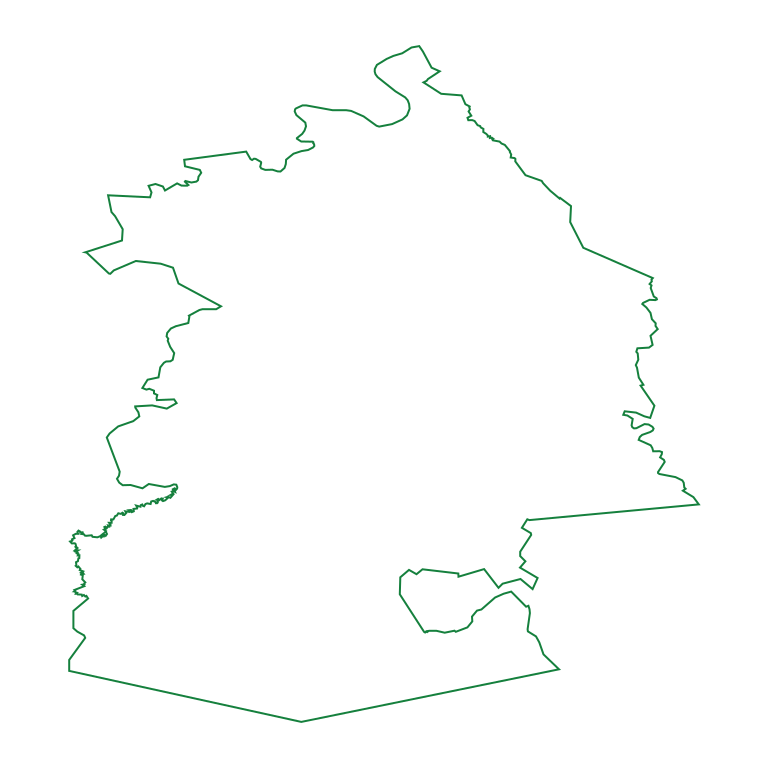 the district of Virešu pag., Apes, Latvia
{"feature_id": "27541924B12272202930489", "entity_name": "Virešu pag.", "entity_type": "district", "adm_level": 2, "iso_a3": "LVA", "parent_name": "Latvia", "parent_adm1": "Apes", "projection": "robinson", "projection_center": [26.356, 57.405], "detail": "fine", "context": "isolated", "style": "outline", "palette": "green", "viewbox_px": 768, "rotation_deg": 0, "n_neighbors": 0, "source": "geoboundaries", "source_scale": "gbopen_adm2", "svg_char_len": 6024}
<svg xmlns="http://www.w3.org/2000/svg" viewBox="0 0 768 768"><path d="M246.2,151.6L184.2,159.8L185.0,166.3L199.8,169.9L201.2,172.8L198.5,176.7L198.0,180.2L196.4,181.6L191.4,182.5L185.4,181.0L184.9,181.7L188.4,185.0L187.2,185.7L181.5,185.6L177.1,183.4L165.0,190.5L162.9,186.5L155.5,184.0L148.6,185.8L151.5,192.4L150.1,197.3L108.1,195.3L111.5,212.1L115.1,216.2L122.7,229.2L122.0,240.5L85.3,252.3L86.6,252.6L108.9,273.5L110.3,273.8L113.8,270.4L135.8,261.0L160.7,263.7L173.0,267.7L178.5,283.5L221.0,306.3L216.2,309.2L202.5,309.2L199.4,310.0L188.9,315.7L189.4,316.5L188.3,323.0L175.9,326.2L170.9,328.5L167.2,332.9L166.6,336.4L168.3,338.8L167.7,340.7L170.2,346.9L174.2,353.1L172.7,359.8L170.4,361.3L166.1,361.5L163.9,362.8L160.3,367.3L158.5,377.4L147.6,379.7L142.4,388.0L146.4,389.6L149.3,388.8L154.0,390.7L154.0,393.4L157.3,395.0L156.5,398.1L156.9,400.1L174.1,399.4L176.6,403.1L166.8,408.6L152.2,405.4L135.2,406.4L135.3,407.6L138.4,412.3L139.3,416.4L133.3,421.1L118.2,426.4L109.6,433.5L106.8,437.5L119.7,471.7L119.0,475.7L117.0,478.8L119.2,482.6L122.7,485.2L130.6,485.0L142.5,488.3L148.8,484.0L164.8,486.9L169.8,486.1L173.8,484.4L176.3,484.7L177.3,487.2L177.1,488.6L176.1,489.7L174.7,488.3L172.8,489.3L173.2,490.2L174.6,490.4L175.1,491.9L173.5,491.1L171.8,491.6L173.1,493.5L170.7,494.9L172.9,494.9L170.4,497.8L168.0,496.8L166.7,497.2L168.2,497.6L165.2,500.3L163.0,501.1L162.1,500.5L162.7,498.7L161.4,498.4L159.6,499.9L158.2,498.9L156.7,499.8L158.9,500.3L157.8,501.0L157.7,502.6L157.1,503.2L155.1,503.2L156.6,502.6L153.1,500.9L151.2,501.5L150.6,504.0L147.2,503.4L145.5,504.0L144.1,506.3L143.0,505.9L142.3,504.5L140.8,505.1L140.5,506.7L136.2,505.6L137.3,507.5L137.1,508.5L133.5,508.9L133.8,511.3L131.7,512.2L131.1,511.7L131.5,510.4L131.0,510.0L129.0,510.2L129.9,510.8L129.5,511.9L125.3,511.3L126.2,513.0L124.4,515.0L123.0,514.9L123.2,513.2L122.4,512.7L121.0,513.9L118.3,513.3L116.8,515.6L115.3,516.0L113.4,519.4L111.1,519.4L111.0,520.3L111.7,520.6L111.6,522.8L109.1,522.8L110.6,524.9L110.5,525.7L108.1,525.4L108.8,526.7L107.7,526.7L107.0,527.8L105.4,526.6L104.4,527.0L104.6,527.7L105.9,528.0L105.8,529.0L104.0,529.7L106.0,531.1L104.9,532.3L106.0,532.1L107.0,534.0L105.7,535.8L103.2,533.7L101.6,535.0L103.6,535.5L103.8,536.4L102.4,536.5L101.2,537.6L100.5,536.1L97.4,537.3L92.5,536.8L91.7,535.3L86.2,535.8L84.9,535.6L83.9,534.3L81.8,534.0L82.8,533.0L82.6,532.3L80.2,532.6L80.2,531.6L78.5,530.6L77.4,531.9L78.1,533.8L75.8,533.8L73.1,535.3L74.5,538.1L72.0,539.3L72.4,540.5L72.0,540.9L70.1,541.5L71.8,543.4L74.8,543.3L75.6,544.0L76.1,546.3L74.8,547.3L76.4,547.0L77.5,548.0L75.0,550.3L77.9,550.4L75.6,551.7L77.5,552.5L76.8,553.4L78.3,554.0L77.8,555.4L79.4,555.3L79.3,558.1L78.4,558.4L77.9,561.2L76.0,562.2L76.4,565.5L75.8,565.9L77.3,567.3L78.4,566.5L80.4,568.9L79.8,570.1L83.0,571.3L81.6,572.3L82.8,572.4L83.4,573.4L81.5,572.9L80.9,574.6L82.8,575.2L82.3,579.3L85.3,582.4L84.3,583.4L84.5,584.3L82.3,584.7L84.2,586.2L74.4,590.0L75.1,590.8L74.3,591.4L75.4,591.5L75.5,592.6L77.0,592.8L76.3,593.7L77.1,593.6L77.6,594.4L81.7,594.6L82.2,596.0L83.9,595.0L85.3,596.5L86.4,595.9L88.1,598.5L73.4,610.9L73.4,628.2L77.3,631.6L84.1,635.4L85.2,637.9L69.2,659.9L69.2,670.9L301.3,721.9L559.0,669.3L543.5,654.4L539.3,642.4L536.0,636.4L527.9,631.4L527.6,629.2L529.9,613.1L529.5,609.2L528.4,605.8L526.1,606.7L511.2,591.6L503.7,593.7L495.1,597.5L481.4,609.5L477.0,610.6L472.0,616.6L472.3,621.4L467.4,627.4L455.8,631.8L454.5,630.7L444.7,632.7L436.4,630.8L429.3,630.8L427.9,631.0L428.2,631.3L427.1,632.1L426.1,631.5L425.1,632.5L424.1,631.9L399.8,594.3L400.3,577.3L409.0,569.9L416.5,574.2L422.5,569.3L458.3,573.5L458.5,576.7L484.1,569.1L498.5,587.8L502.6,583.7L520.5,579.0L532.6,589.1L537.6,578.0L520.0,567.6L525.4,561.3L520.2,556.1L520.2,551.7L531.2,534.9L530.8,533.1L521.9,527.8L527.3,519.3L529.4,520.1L698.8,504.4L693.4,497.1L682.9,490.7L685.6,488.8L684.3,487.5L683.7,482.7L682.3,480.4L675.5,477.1L659.4,474.0L658.1,473.1L658.0,472.1L664.7,461.9L663.9,459.9L660.1,457.4L661.8,454.1L662.0,452.1L659.7,451.2L653.2,451.3L652.3,448.0L650.7,445.3L638.7,439.9L639.8,437.0L642.1,434.9L650.3,432.0L652.8,430.4L653.6,428.6L652.4,426.8L648.6,424.5L644.5,424.1L636.4,428.2L634.0,428.4L632.3,427.2L631.6,425.4L632.7,418.9L627.4,415.5L623.3,414.8L624.7,411.3L636.1,412.6L644.3,416.3L650.2,417.9L654.4,405.7L640.6,385.6L643.4,384.8L638.8,377.6L637.0,367.7L635.8,365.1L638.3,359.7L637.7,353.4L636.3,351.8L637.4,348.3L649.0,347.6L652.6,344.9L650.5,335.8L657.7,329.1L655.5,325.9L655.7,323.3L651.9,319.2L650.5,312.9L646.4,307.5L642.3,304.0L643.1,302.9L649.6,299.8L655.4,300.1L656.9,299.4L656.5,298.2L653.8,296.5L650.7,288.0L651.5,285.4L649.6,284.0L651.8,281.4L651.5,279.6L652.8,278.1L583.3,247.8L570.2,222.1L571.0,206.1L560.1,197.9L559.6,198.6L550.2,190.7L543.1,183.2L541.7,180.9L525.5,175.2L515.3,161.4L515.4,158.9L514.6,158.1L510.7,157.5L511.2,154.5L509.8,151.9L510.0,151.2L504.8,144.9L501.5,143.5L499.6,141.6L492.8,140.3L492.3,139.3L493.2,138.7L491.7,137.6L489.9,138.0L490.0,136.2L487.8,136.6L487.8,135.5L486.3,133.9L483.3,132.0L483.4,128.9L480.7,127.4L480.2,126.1L477.6,125.2L474.6,121.0L472.2,120.1L468.3,120.2L467.5,117.8L471.3,115.7L468.6,111.5L469.9,109.4L469.3,107.4L469.7,106.5L465.4,104.2L461.6,95.4L441.2,93.8L423.5,82.4L426.7,80.8L427.9,79.1L439.7,71.3L431.6,67.7L422.9,51.5L419.2,46.1L411.5,47.5L402.2,53.3L393.4,55.9L386.7,58.9L376.9,64.9L374.8,69.0L374.7,71.6L375.5,74.3L377.6,77.1L395.4,91.3L405.2,97.4L407.7,100.3L409.1,104.0L409.6,108.8L407.0,115.4L402.5,119.4L392.1,124.1L379.2,126.6L376.6,125.8L363.6,116.4L351.1,110.9L346.2,110.2L332.6,110.2L306.2,105.4L302.5,105.4L296.0,108.4L295.1,109.3L294.7,111.4L296.4,115.1L305.3,122.6L306.0,126.3L304.5,130.6L302.2,133.9L296.9,138.1L296.9,138.7L301.2,141.5L312.7,141.7L313.4,142.3L313.2,143.2L314.1,144.2L314.3,146.0L313.0,147.5L308.1,150.0L301.5,151.1L293.5,153.7L286.1,159.7L285.8,164.1L284.5,168.0L280.5,171.5L277.7,171.4L272.4,169.7L265.3,169.9L261.2,168.4L260.2,166.7L261.2,162.8L260.9,161.9L255.7,158.9L254.0,158.7L252.1,160.0L250.5,159.1L246.2,151.6Z" fill="none" stroke="#15803d" stroke-width="2"/></svg>